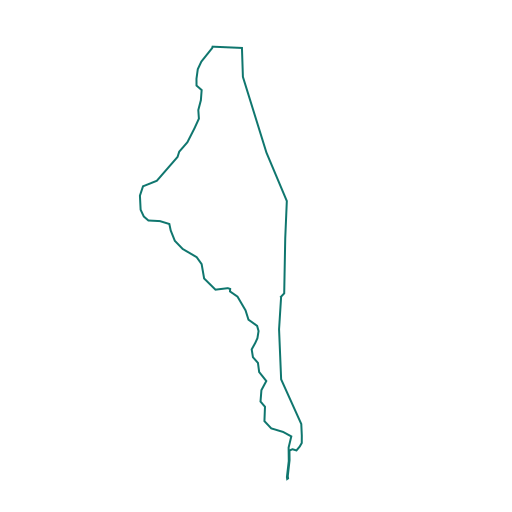 outline of Riverside Road, Soufrière, Saint Lucia, rotated 221°
{"feature_id": "8701671B35979662153697", "entity_name": "Riverside Road", "entity_type": "district", "adm_level": 2, "iso_a3": "LCA", "parent_name": "Saint Lucia", "parent_adm1": "Soufrière", "projection": "equal_earth", "projection_center": [-61.054, 13.895], "detail": "fine", "context": "isolated", "style": "outline", "palette": "teal", "viewbox_px": 512, "rotation_deg": 221, "n_neighbors": 0, "source": "geoboundaries", "source_scale": "gbopen_adm2", "svg_char_len": 1212}
<svg xmlns="http://www.w3.org/2000/svg" viewBox="0 0 512 512"><g transform="rotate(221 256 256)"><path d="M376.0,217.9L373.4,215.2L366.6,212.2L360.5,212.2L351.4,219.3L342.4,223.3L337.1,219.3L327.2,214.2L315.9,213.2L300.0,216.2L291.7,214.2L280.4,205.0L264.5,204.0L256.2,213.2L253.9,214.2L252.4,212.2L243.3,213.2L228.2,208.1L219.9,203.0L209.3,204.0L204.8,201.0L201.0,194.9L199.5,189.8L198.0,182.7L191.9,177.6L185.9,176.8L184.4,176.6L177.5,170.5L166.2,168.4L163.9,158.3L159.9,152.9L157.1,149.1L150.3,148.1L141.3,136.9L131.4,135.9L120.1,141.0L111.0,143.0L105.7,132.8L104.0,130.9L96.7,122.7L87.6,109.4L86.2,108.2L86.1,108.7L85.9,109.2L87.6,110.7L96.7,123.9L103.3,131.3L102.9,131.6L101.7,134.1L97.9,135.8L98.0,140.9L98.8,144.9L103.6,150.5L111.6,158.9L156.1,179.4L190.5,215.8L210.2,241.6L210.4,241.6L210.2,246.3L245.6,288.6L268.8,317.7L316.0,340.9L383.4,382.6L403.1,403.8L426.1,385.5L425.5,384.2L424.8,366.9L422.5,358.8L417.2,350.7L412.7,345.6L405.9,345.6L399.8,337.4L395.3,328.3L389.2,322.2L386.2,312.0L382.4,296.8L382.4,295.5L382.4,285.6L382.4,284.4L380.2,279.3L380.2,262.2L380.2,261.0L380.2,249.0L380.2,247.7L386.7,235.1L387.0,234.5L383.2,225.4L376.0,217.9Z" fill="none" stroke="#0f766e" stroke-width="2"/></g></svg>